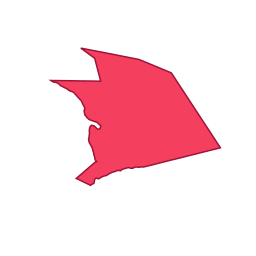 San Miguel Santa Flor, Oaxaca, Mexico (Equal Earth projection), rotated 299°
{"feature_id": "50627088B38442506685774", "entity_name": "San Miguel Santa Flor", "entity_type": "district", "adm_level": 2, "iso_a3": "MEX", "parent_name": "Mexico", "parent_adm1": "Oaxaca", "projection": "equal_earth", "projection_center": [-96.811, 17.921], "detail": "fine", "context": "isolated", "style": "filled", "palette": "rose", "viewbox_px": 256, "rotation_deg": 299, "n_neighbors": 0, "source": "geoboundaries", "source_scale": "gbopen_adm2", "svg_char_len": 1364}
<svg xmlns="http://www.w3.org/2000/svg" viewBox="0 0 256 256"><g transform="rotate(299 128 128)"><path d="M155.5,218.4L197.2,139.2L193.3,104.5L186.0,81.8L175.0,48.0L172.8,65.1L155.7,81.4L149.0,68.9L145.1,61.7L139.4,50.9L138.7,49.7L136.3,45.2L132.2,37.6L132.0,40.1L132.9,43.1L133.2,44.4L132.9,46.9L132.3,48.4L132.5,50.2L132.5,51.9L132.6,54.5L132.7,55.8L132.4,57.2L132.2,58.5L132.5,60.3L132.8,63.1L131.3,67.5L130.3,70.3L129.1,74.0L127.3,76.4L126.3,77.9L125.6,79.0L125.1,79.9L123.7,81.0L122.2,81.0L120.3,82.4L118.5,83.9L118.2,85.1L117.3,86.9L116.6,89.5L116.7,91.2L117.2,93.8L117.5,95.9L118.0,98.4L117.4,100.0L117.1,101.5L116.6,103.2L114.1,103.8L112.8,103.2L112.4,102.0L112.6,100.4L113.1,99.0L113.4,97.0L112.7,94.7L110.7,94.2L109.2,94.5L106.8,95.5L105.5,96.3L104.3,97.1L102.5,97.7L100.8,98.5L99.1,98.9L96.6,101.0L95.4,102.9L94.4,104.6L92.8,106.9L91.0,108.4L89.6,110.0L87.9,111.2L86.5,112.9L84.3,114.6L83.4,116.9L82.4,115.9L58.8,107.2L59.7,123.2L60.5,123.2L62.6,124.7L63.3,125.0L67.2,123.7L68.8,124.5L69.3,127.0L72.7,128.9L74.7,130.6L75.2,131.4L77.6,133.2L78.3,133.3L82.5,136.3L83.1,137.4L84.3,138.1L86.1,139.9L87.1,142.4L88.7,142.7L91.8,145.7L93.1,147.0L93.8,147.9L94.0,149.6L95.2,151.8L97.1,153.0L98.1,154.4L98.5,155.8L101.0,159.4L101.3,160.4L110.2,170.0L112.7,172.6L121.9,182.4L122.0,182.6L155.5,218.4Z" fill="#f43f5e" stroke="#9f1239" stroke-width="1.5"/></g></svg>